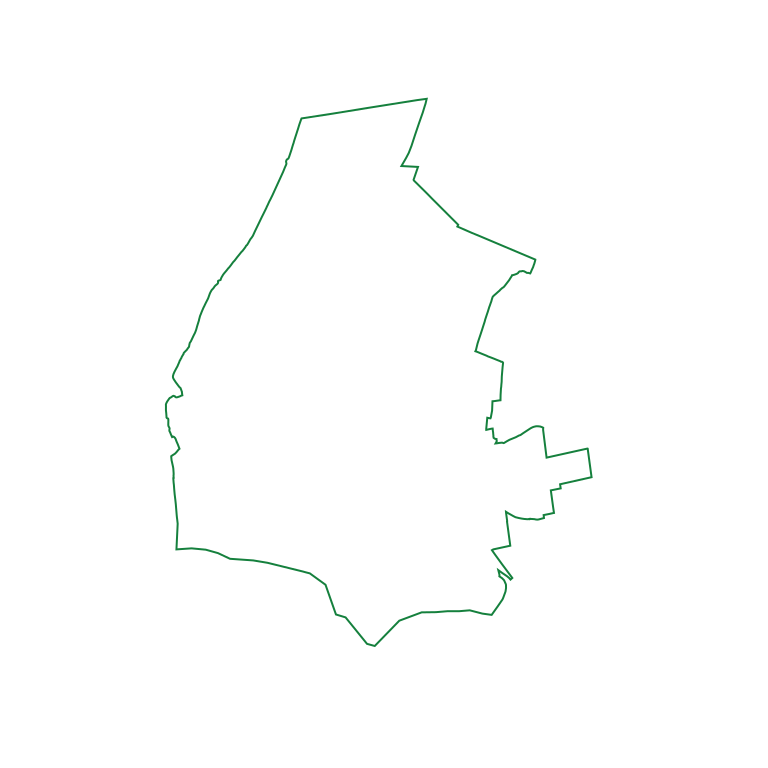 Draganesti-Olt, Olt, Romania (Natural Earth projection), rotated 306°
{"feature_id": "2599482B52429496402051", "entity_name": "Draganesti-Olt", "entity_type": "district", "adm_level": 2, "iso_a3": "ROU", "parent_name": "Romania", "parent_adm1": "Olt", "projection": "natural_earth1", "projection_center": [24.539, 44.174], "detail": "fine", "context": "isolated", "style": "outline", "palette": "green", "viewbox_px": 768, "rotation_deg": 306, "n_neighbors": 0, "source": "geoboundaries", "source_scale": "gbopen_adm2", "svg_char_len": 6154}
<svg xmlns="http://www.w3.org/2000/svg" viewBox="0 0 768 768"><g transform="rotate(306 384 384)"><path d="M293.0,600.9L293.6,600.3L295.8,596.5L296.3,593.6L296.2,590.4L297.4,589.7L300.6,585.9L300.6,590.2L300.8,596.5L300.6,599.4L300.1,601.3L302.5,601.8L307.4,586.0L311.0,574.9L313.0,569.0L314.4,569.6L327.4,581.2L345.1,564.3L345.4,564.3L351.7,558.3L352.3,557.8L352.5,560.8L352.9,564.1L353.1,565.9L353.5,568.6L354.8,571.8L356.2,574.8L356.8,575.9L357.2,576.7L358.6,579.0L359.3,580.0L360.5,581.1L360.3,581.3L361.0,581.9L361.8,583.1L362.8,584.7L363.1,585.2L363.7,586.6L364.5,587.9L365.4,588.8L369.6,592.2L371.8,590.2L375.8,593.9L379.2,596.9L379.6,597.3L384.2,592.8L396.0,581.5L403.4,588.3L406.4,585.4L430.6,606.7L451.4,586.8L451.3,586.5L420.0,558.8L440.4,539.7L442.2,538.5L441.9,536.9L441.4,535.3L440.3,533.4L439.1,531.8L437.6,530.5L436.3,529.6L434.3,528.6L426.1,525.5L422.9,524.4L421.7,523.5L418.4,521.9L412.6,518.3L409.8,517.0L406.9,515.8L406.5,515.5L406.3,515.0L406.1,514.3L405.8,513.8L404.0,511.8L402.4,510.2L401.5,509.2L402.4,509.1L404.1,508.8L404.3,508.6L405.0,507.8L405.6,507.4L405.0,506.2L404.9,505.8L404.9,504.3L406.0,503.2L406.5,502.9L407.8,501.7L408.9,500.8L410.2,499.5L411.4,498.5L411.8,498.1L411.7,498.0L411.1,497.3L409.9,496.2L407.0,493.7L407.6,493.2L417.4,487.4L418.3,489.4L418.8,490.3L419.7,490.1L426.0,487.1L433.8,481.9L435.2,483.5L438.6,487.0L439.3,487.8L443.6,484.8L449.2,481.2L450.6,480.5L451.2,480.1L451.7,479.8L452.5,479.3L454.9,477.9L459.3,474.9L467.4,470.0L471.1,467.9L471.4,467.3L471.3,466.3L471.1,466.0L470.9,465.8L470.8,465.5L470.8,465.0L470.7,464.4L469.7,460.5L469.1,458.0L468.2,454.6L467.4,451.8L467.2,450.4L466.0,445.6L464.7,440.2L464.2,438.7L465.6,438.4L471.7,435.9L474.7,434.9L480.1,433.2L485.4,431.5L489.6,430.1L493.6,428.8L495.6,428.0L500.9,426.3L503.2,425.6L508.2,423.9L509.7,423.5L512.3,422.7L513.8,422.3L515.9,421.5L518.0,420.8L518.7,420.7L520.5,421.0L522.6,421.5L525.4,422.1L527.5,422.6L528.8,422.7L529.6,422.9L530.4,423.1L531.1,423.2L532.5,423.8L533.1,423.9L534.3,424.0L541.6,424.2L544.1,424.0L546.3,423.9L546.7,423.8L547.3,423.7L547.4,423.9L549.0,425.2L550.6,426.3L551.7,426.9L552.5,427.2L553.6,427.2L554.6,427.4L555.1,427.8L555.7,428.7L556.2,429.1L556.8,429.6L557.1,430.1L557.6,431.3L557.6,431.9L557.8,432.5L557.8,433.6L557.9,434.3L558.3,434.9L558.6,435.2L558.9,435.8L559.3,437.1L559.4,437.3L560.7,437.1L562.7,436.6L566.3,435.9L568.1,435.3L569.6,434.9L573.1,433.6L573.6,433.3L569.7,416.6L559.9,374.5L557.9,366.3L554.5,350.8L556.4,350.5L562.2,313.9L563.3,307.5L566.2,288.5L566.6,287.9L579.6,283.9L570.6,270.0L580.0,269.0L585.5,268.2L592.7,266.3L603.8,262.7L615.7,259.0L626.4,255.8L632.8,253.6L635.0,252.9L639.8,250.9L633.2,244.0L597.9,208.7L572.2,183.2L550.4,161.2L549.8,161.3L544.1,163.0L539.8,164.5L537.9,165.1L534.9,166.1L531.2,167.3L527.3,168.6L525.8,169.2L524.1,169.7L521.8,170.5L519.0,171.5L512.4,173.6L510.8,174.0L510.3,174.1L509.8,174.0L509.3,173.8L508.9,173.6L508.6,173.5L508.3,173.5L507.4,173.6L506.9,173.8L506.4,174.0L505.9,174.5L505.1,175.4L504.6,175.7L503.6,176.0L501.1,176.5L496.3,177.7L471.1,182.8L466.5,183.6L464.3,183.9L459.9,184.8L459.1,184.9L458.5,185.0L457.9,185.2L456.2,185.5L450.4,186.5L447.3,187.0L439.1,188.5L431.8,189.8L426.9,190.8L424.5,190.9L423.1,190.8L421.6,190.9L420.1,191.1L419.3,191.2L417.4,191.4L416.0,191.5L414.9,191.2L414.0,191.3L412.9,191.4L408.6,191.3L406.7,191.0L404.1,190.9L400.7,190.7L396.2,190.6L395.3,190.5L393.9,190.3L391.8,190.3L389.9,190.3L387.3,190.2L386.1,190.0L383.2,189.9L379.3,189.6L378.3,189.6L377.7,189.6L374.6,189.9L373.8,190.1L372.4,190.5L372.1,190.6L371.8,190.4L371.1,190.0L370.7,189.6L370.2,189.3L369.8,189.2L369.4,189.4L368.5,190.2L368.3,190.3L367.8,190.4L367.2,190.4L366.3,190.2L364.5,189.7L364.1,189.7L363.4,189.6L361.7,189.7L360.4,189.6L358.9,189.4L358.4,189.4L357.6,189.5L356.0,189.7L354.6,190.0L351.2,191.0L349.8,191.4L344.7,192.2L342.5,192.6L341.5,192.8L341.0,192.9L340.1,193.0L337.8,193.5L334.8,194.2L333.0,194.7L332.5,194.8L331.3,195.1L330.6,195.3L329.6,195.7L327.5,196.5L326.7,196.9L325.5,197.3L320.8,198.9L317.9,200.0L316.6,200.4L314.4,201.0L311.2,201.5L304.9,202.7L303.2,202.7L302.6,202.9L302.0,203.2L301.2,203.5L300.5,203.9L299.9,204.2L299.2,204.4L297.5,204.3L295.7,204.4L294.6,204.2L292.6,203.9L291.8,203.8L291.3,203.8L290.9,203.9L290.6,204.1L290.4,204.2L288.5,204.3L286.8,204.5L285.7,204.8L284.1,204.9L283.5,205.1L282.9,205.0L282.4,205.2L280.4,205.7L278.1,206.2L276.9,206.5L274.3,206.8L270.8,207.3L269.5,207.6L268.5,207.8L266.6,208.5L265.9,208.9L265.3,209.4L264.8,210.1L264.2,211.3L263.0,214.5L261.4,219.7L261.2,220.7L261.1,221.8L259.9,223.6L258.8,225.2L258.5,225.4L256.8,227.0L256.3,227.5L255.4,226.8L254.3,226.3L253.1,225.5L252.0,224.7L251.4,224.2L251.1,223.8L250.9,223.2L250.9,222.9L251.1,222.4L251.1,222.1L250.9,221.8L250.9,221.6L250.9,221.2L250.8,220.8L250.6,220.6L250.2,220.3L249.8,220.1L249.4,220.0L248.2,219.6L247.5,219.3L246.8,218.9L245.9,218.8L242.5,218.9L241.5,219.0L240.5,219.2L239.4,219.5L238.8,219.9L238.1,220.5L234.6,223.0L232.5,224.9L229.9,227.1L229.1,227.7L228.9,228.1L228.8,228.6L229.0,229.2L229.1,229.7L228.4,230.5L224.0,233.6L223.1,234.6L222.6,235.8L222.1,236.6L221.4,237.0L220.8,237.3L220.2,237.7L219.8,238.1L219.1,239.5L218.5,240.4L217.7,241.7L217.2,242.6L216.8,243.2L216.6,243.6L216.5,243.8L216.9,244.0L217.2,243.9L217.4,244.0L217.6,244.6L217.7,245.1L217.7,245.7L217.5,246.7L217.3,247.1L217.0,247.8L216.3,248.8L215.5,250.0L214.0,252.6L211.4,256.6L211.0,256.5L209.6,256.3L207.2,256.2L204.9,255.9L202.8,255.1L202.1,254.8L201.4,254.6L200.9,254.4L200.6,254.3L200.1,254.6L197.5,256.9L193.0,262.0L191.7,263.3L189.9,264.8L188.1,266.3L186.7,267.3L186.1,267.6L184.7,268.8L184.6,268.6L184.1,268.8L183.0,269.7L180.4,271.9L178.9,273.3L175.7,276.0L171.8,279.4L167.6,283.3L164.4,286.2L155.8,293.6L153.9,295.3L153.3,295.9L149.7,299.2L128.2,313.3L137.9,324.9L145.2,337.2L149.6,349.1L152.1,362.2L164.4,381.9L170.9,394.9L184.7,428.8L185.5,431.0L187.2,435.3L187.2,454.7L169.3,480.6L172.6,490.1L163.8,523.0L166.6,530.5L201.5,535.5L221.4,548.7L230.0,560.2L237.5,568.9L244.5,578.5L251.3,586.4L256.1,598.6L260.5,606.8L271.0,606.7L279.3,606.5L281.2,606.1L287.5,604.3L290.6,602.7L293.0,600.9Z" fill="none" stroke="#15803d" stroke-width="2"/></g></svg>